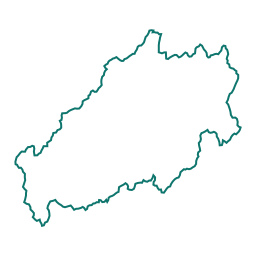 the district of Santa Maria de Jetibá, Espírito Santo, Brazil
{"feature_id": "56859067B73059385087419", "entity_name": "Santa Maria de Jetibá", "entity_type": "district", "adm_level": 2, "iso_a3": "BRA", "parent_name": "Brazil", "parent_adm1": "Espírito Santo", "projection": "equal_earth", "projection_center": [-40.809, -20.084], "detail": "fine", "context": "isolated", "style": "outline", "palette": "teal", "viewbox_px": 256, "rotation_deg": 0, "n_neighbors": 0, "source": "geoboundaries", "source_scale": "gbopen_adm2", "svg_char_len": 4451}
<svg xmlns="http://www.w3.org/2000/svg" viewBox="0 0 256 256"><path d="M32.8,217.1L34.0,218.4L35.4,219.8L36.9,220.9L38.4,220.2L39.7,219.6L40.2,221.6L41.5,223.8L42.0,225.8L43.9,225.3L45.0,222.6L47.3,221.6L48.6,218.6L49.5,215.9L49.3,213.1L48.8,210.4L47.4,208.3L47.9,206.0L49.3,203.1L50.3,201.4L51.8,201.1L53.4,200.7L55.3,199.9L56.7,201.9L58.8,203.7L61.3,205.2L63.0,206.7L65.1,207.2L68.0,206.3L70.7,205.5L72.2,207.2L74.1,209.8L76.0,208.8L78.2,208.7L81.0,207.9L82.7,206.9L84.2,208.0L85.5,210.0L87.1,208.9L87.7,206.4L89.4,205.3L91.7,205.1L93.2,203.5L94.8,203.4L96.7,202.2L98.8,202.3L99.1,200.0L100.7,200.2L102.3,202.1L104.5,201.8L106.2,199.8L107.2,201.9L108.2,200.3L108.7,197.7L110.3,196.5L112.0,196.0L113.8,195.0L115.6,193.5L117.0,192.5L118.5,191.9L118.8,189.5L119.0,187.2L120.9,186.0L123.5,184.7L125.5,183.2L127.2,184.5L128.1,186.3L127.7,188.8L129.3,189.7L131.9,190.0L133.9,188.8L134.7,186.7L135.4,183.8L137.7,183.0L140.4,182.6L142.0,182.8L143.5,180.1L145.2,181.3L147.3,181.7L149.3,180.5L150.8,180.6L152.5,178.0L153.4,175.3L155.1,177.3L154.9,180.3L153.7,181.9L153.4,184.7L155.0,185.7L156.7,185.7L157.7,188.0L159.0,189.7L161.0,189.5L161.6,192.4L163.9,192.7L165.4,190.6L166.8,188.5L168.3,187.0L170.2,186.4L171.0,184.2L172.3,182.1L173.5,180.6L175.0,179.1L176.7,178.0L178.6,177.5L179.9,175.1L180.5,172.2L182.2,170.7L183.9,169.2L185.4,169.6L186.9,168.7L189.0,169.2L190.8,168.7L192.6,167.4L194.7,166.2L196.1,163.9L196.2,161.0L197.1,158.4L198.5,156.5L197.8,154.8L198.2,152.4L200.2,150.7L199.8,148.3L199.2,146.0L198.8,143.0L200.4,141.1L200.9,139.0L200.3,135.5L201.5,133.1L203.2,132.5L205.3,131.4L207.5,129.9L208.8,132.2L210.3,132.8L212.2,132.5L213.8,131.8L215.3,132.5L216.6,133.8L216.8,136.6L218.2,138.7L219.4,142.3L219.7,145.3L221.9,145.1L222.7,142.5L222.9,140.3L224.5,141.2L226.5,142.8L228.0,141.3L230.0,139.7L231.3,136.8L232.8,134.9L234.4,133.6L236.1,134.3L237.6,132.8L238.8,131.6L239.8,129.9L240.6,127.4L238.8,126.7L237.4,125.2L237.7,121.9L237.0,119.0L235.4,117.6L232.5,117.7L230.9,114.9L230.5,111.9L229.8,109.2L229.1,107.2L228.2,104.5L226.5,102.5L227.9,99.8L228.7,96.7L229.8,93.9L231.7,92.7L233.6,89.3L234.8,86.2L236.1,83.1L237.3,80.7L238.2,78.3L238.2,74.9L236.3,73.3L236.4,71.1L234.7,70.0L233.5,68.7L231.4,68.2L229.7,67.3L229.2,64.4L227.3,63.1L227.7,60.5L226.7,58.9L227.2,56.9L228.2,54.2L227.8,52.0L227.1,49.6L225.8,48.5L225.4,46.0L223.6,45.6L222.0,47.2L221.3,50.5L219.6,52.4L218.3,54.2L216.3,53.8L214.5,54.2L212.7,55.0L210.7,55.4L209.8,57.2L208.3,57.5L207.0,56.0L206.6,52.9L205.4,51.0L203.9,49.4L203.1,47.8L202.0,45.7L200.2,44.5L198.9,46.3L196.6,47.3L195.5,48.7L195.3,51.1L195.0,53.4L193.1,54.2L191.4,56.4L189.4,56.7L187.9,55.3L187.2,53.3L185.4,52.5L183.7,54.0L182.3,55.4L180.8,56.6L178.9,57.4L176.6,55.0L174.8,54.9L172.3,56.1L169.6,57.7L168.1,59.0L166.2,58.6L166.0,55.3L165.9,52.4L164.2,52.4L162.0,53.3L158.8,52.3L158.8,45.2L159.1,42.3L159.7,39.8L160.0,37.8L161.1,34.1L159.1,34.2L157.6,32.6L155.8,32.6L154.3,32.1L152.7,32.3L153.4,30.5L151.3,30.2L149.4,30.6L148.6,33.0L147.4,35.2L145.6,37.1L144.7,40.0L144.0,42.3L142.5,44.2L141.2,45.5L139.3,45.6L137.8,46.7L136.8,49.6L135.3,51.9L134.6,53.8L132.7,53.9L131.2,55.0L129.6,56.0L128.3,57.1L126.5,58.5L124.5,59.1L123.4,60.8L121.8,61.0L120.1,60.2L118.2,58.7L116.4,57.1L114.4,58.2L113.0,58.5L111.2,59.8L109.7,60.5L108.5,61.6L107.6,63.7L105.7,64.8L104.3,66.1L105.5,68.1L106.8,69.2L105.1,70.9L104.2,72.9L103.9,75.1L102.2,76.8L101.4,79.8L101.3,82.2L101.7,85.1L100.2,86.9L98.7,88.2L97.8,89.8L96.5,91.7L94.5,91.8L92.9,90.5L91.0,91.6L90.0,94.7L88.5,95.7L88.4,98.3L86.6,99.2L84.7,100.0L82.7,101.3L82.5,103.9L81.3,106.2L79.3,108.5L77.2,108.7L74.9,108.4L72.6,109.3L70.5,110.2L68.7,111.2L67.1,112.7L65.6,113.1L64.1,113.2L62.2,113.3L61.6,115.4L61.9,117.5L61.5,119.9L59.8,120.8L61.0,123.3L61.2,125.6L61.2,127.8L59.8,129.3L57.5,130.1L56.1,132.5L53.3,133.0L52.8,135.6L51.5,137.4L51.0,140.2L49.5,141.2L47.2,142.7L47.3,146.2L45.2,146.2L43.6,146.2L42.8,148.2L41.5,150.5L40.6,152.8L38.8,153.7L37.3,155.3L34.5,155.4L33.9,151.5L34.3,148.7L33.8,146.3L32.2,145.8L30.4,146.9L28.0,147.1L25.9,149.7L25.1,151.7L23.5,151.7L21.9,151.5L20.6,152.5L19.5,153.9L18.1,155.7L16.7,157.1L16.1,159.0L15.4,161.8L15.6,164.3L17.1,164.8L17.9,166.4L19.0,167.9L20.9,167.7L22.4,169.6L23.0,171.8L24.9,173.8L24.8,177.2L25.2,180.1L24.1,183.6L23.0,186.9L24.6,189.0L26.4,190.7L26.0,193.2L26.0,195.5L25.1,199.5L24.2,202.2L26.6,203.8L29.0,204.4L30.4,207.1L30.5,209.5L32.4,211.3L33.9,213.1L33.8,215.4L32.8,217.1Z" fill="none" stroke="#0f766e" stroke-width="2"/></svg>